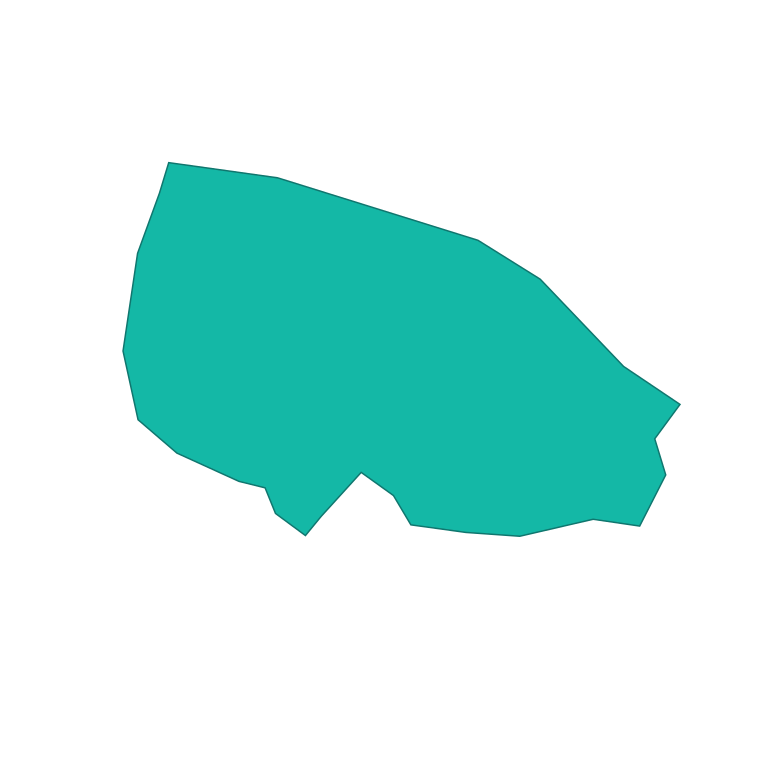 the District of Savanne, rotated 207°
{"feature_id": "MUS-5195", "entity_name": "Savanne", "entity_type": "District", "adm_level": 1, "iso_a3": "MUS", "parent_name": "Mauritius", "parent_adm1": "", "projection": "robinson", "projection_center": [57.51, -20.457], "detail": "fine", "context": "isolated", "style": "filled", "palette": "teal", "viewbox_px": 768, "rotation_deg": 207, "n_neighbors": 0, "source": "natural_earth", "source_scale": "10m", "svg_char_len": 481}
<svg xmlns="http://www.w3.org/2000/svg" viewBox="0 0 768 768"><g transform="rotate(207 384 384)"><path d="M676.3,483.5L572.4,519.4L365.5,554.7L292.4,548.3L178.5,508.4L111.0,500.2L117.9,458.1L91.7,430.9L91.7,373.5L136.3,358.4L193.9,310.0L243.7,288.9L296.1,270.7L324.9,288.9L364.2,294.9L379.9,237.5L385.2,213.3L421.9,219.4L442.8,237.5L469.0,231.4L537.1,228.4L586.9,240.5L631.5,294.9L662.9,388.6L670.7,452.1L676.3,483.5Z" fill="#14b8a6" stroke="#0f766e" stroke-width="1.5"/></g></svg>